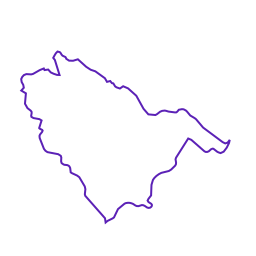 an SVG outline of Doubs, rotated 259°
{"feature_id": "FRA-5287", "entity_name": "Doubs", "entity_type": "Metropolitan department", "adm_level": 1, "iso_a3": "FRA", "parent_name": "France", "parent_adm1": "", "projection": "albers", "projection_center": [6.359, 47.06], "detail": "fine", "context": "isolated", "style": "outline", "palette": "violet", "viewbox_px": 256, "rotation_deg": 259, "n_neighbors": 0, "source": "natural_earth", "source_scale": "10m", "svg_char_len": 2139}
<svg xmlns="http://www.w3.org/2000/svg" viewBox="0 0 256 256"><g transform="rotate(259 128 128)"><path d="M202.5,56.7L200.8,57.1L200.6,60.8L197.3,62.8L195.4,65.4L193.7,68.4L193.1,70.9L208.7,69.2L211.1,68.0L213.1,69.6L215.1,71.4L216.5,73.4L215.5,75.5L214.2,76.3L212.9,76.7L211.5,77.5L209.6,80.1L208.9,80.4L207.7,80.6L205.3,83.1L204.5,87.1L205.0,91.9L196.1,98.6L192.3,102.5L189.9,106.7L189.6,107.0L181.3,114.8L177.3,116.2L177.5,119.5L175.6,120.5L175.1,120.8L174.6,122.1L171.3,123.3L170.1,124.5L168.3,127.6L169.9,131.2L166.9,135.6L158.1,142.3L143.9,146.9L137.5,150.6L135.5,157.4L136.1,159.2L137.8,162.5L138.3,164.7L138.1,167.4L137.6,168.6L137.3,169.2L136.4,170.9L134.3,177.2L134.1,178.2L134.5,179.2L135.2,180.2L136.2,181.3L136.2,184.6L135.7,186.2L134.2,188.1L132.8,189.1L128.4,191.5L124.9,195.4L123.6,196.5L114.1,201.8L96.1,218.2L94.3,220.5L94.7,223.1L96.9,225.6L94.0,224.3L89.9,221.2L86.5,217.4L85.7,214.1L86.6,212.5L87.5,211.2L91.3,207.9L91.6,207.0L91.3,205.5L89.7,202.8L89.4,201.2L89.7,199.7L90.5,198.6L104.3,187.9L106.2,185.1L89.7,169.5L88.2,168.7L85.0,168.6L83.4,168.2L82.1,167.2L79.0,162.5L78.0,159.9L77.6,152.2L76.8,149.5L75.5,146.7L73.9,144.3L72.3,142.6L67.7,140.2L57.4,137.8L54.6,134.6L53.0,133.4L51.4,134.0L49.1,136.4L48.1,136.8L47.1,136.6L46.2,135.8L45.6,134.6L45.6,133.1L46.2,131.7L48.4,129.5L49.3,128.2L49.7,126.9L49.3,123.4L49.7,121.7L50.5,120.5L52.5,118.5L53.4,117.1L54.2,115.4L54.6,113.6L54.7,111.7L54.4,110.2L50.3,102.7L42.9,97.2L42.2,95.7L40.7,90.2L39.5,88.0L43.8,88.2L69.6,73.1L71.2,73.0L76.1,74.5L78.9,74.4L89.0,70.8L91.0,69.0L94.4,64.3L95.4,63.3L99.7,63.6L101.3,63.2L102.1,62.7L102.7,62.0L103.2,61.2L104.0,58.6L104.5,57.8L105.8,56.5L106.4,56.1L108.1,56.0L111.8,56.9L113.5,56.7L115.6,54.5L119.7,44.3L121.4,42.6L123.6,41.5L135.0,39.4L137.1,39.6L138.4,40.4L140.5,42.9L141.7,43.7L142.5,43.4L144.2,41.2L144.9,40.8L151.9,44.6L153.6,42.7L155.8,37.1L157.4,35.3L158.5,35.3L161.1,36.3L162.4,36.4L163.6,35.8L166.7,33.1L171.5,31.5L181.5,34.4L185.1,30.4L187.4,33.4L190.3,33.4L193.4,32.4L196.4,32.5L198.3,33.9L199.8,35.9L200.3,38.5L199.1,43.2L199.2,45.1L201.7,52.5L202.5,56.7Z" fill="none" stroke="#5b21b6" stroke-width="2"/></g></svg>